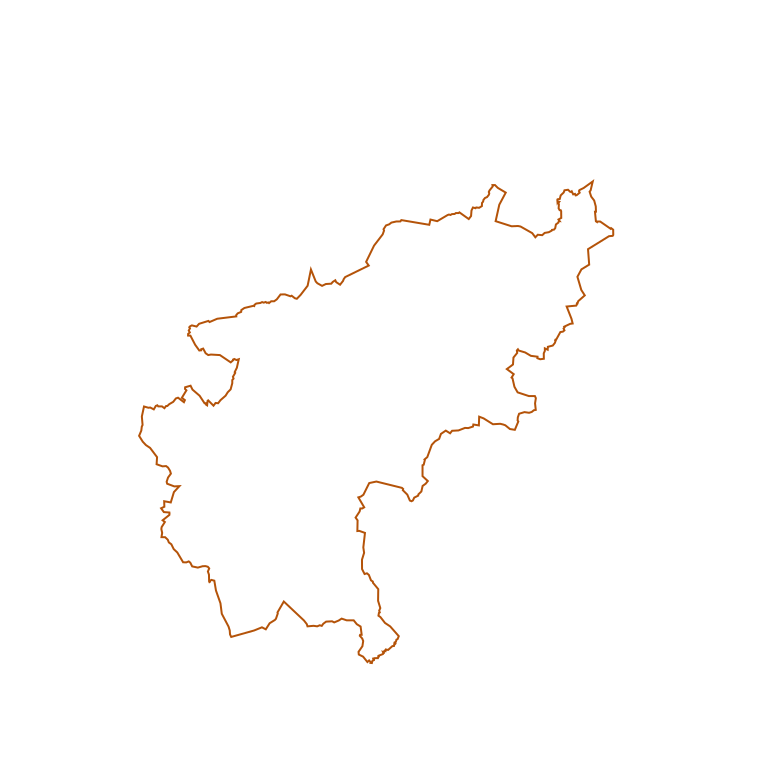 outline of Portlaoise Lea-7, Laoighis, Ireland, rotated 42°
{"feature_id": "5873133B8866665595403", "entity_name": "Portlaoise Lea-7", "entity_type": "district", "adm_level": 2, "iso_a3": "IRL", "parent_name": "Ireland", "parent_adm1": "Laoighis", "projection": "albers", "projection_center": [-7.298, 52.987], "detail": "fine", "context": "isolated", "style": "outline", "palette": "amber", "viewbox_px": 768, "rotation_deg": 42, "n_neighbors": 0, "source": "geoboundaries", "source_scale": "gbopen_adm2", "svg_char_len": 6164}
<svg xmlns="http://www.w3.org/2000/svg" viewBox="0 0 768 768"><g transform="rotate(42 384 384)"><path d="M354.0,650.9L356.4,648.9L357.6,646.5L359.6,646.4L363.5,647.9L368.5,645.0L371.2,640.7L373.3,638.7L375.4,637.7L377.5,638.0L378.6,641.2L381.5,642.8L386.1,647.7L386.8,648.0L387.0,647.3L386.5,646.5L386.8,645.1L389.5,643.7L397.3,649.9L409.2,656.4L417.2,663.3L430.8,668.3L434.3,670.4L437.1,673.1L439.7,674.2L452.4,654.1L456.1,646.5L460.3,645.4L459.1,638.3L460.8,632.4L460.8,630.8L458.6,625.6L457.7,625.0L455.1,612.7L482.8,613.3L487.3,614.1L489.3,615.3L493.5,610.8L496.5,608.8L497.7,606.3L499.6,605.4L499.3,602.8L500.0,599.3L504.2,595.1L506.5,594.5L508.6,590.1L509.5,586.7L514.4,584.6L519.6,579.9L524.5,580.7L528.9,579.9L535.2,585.3L534.1,586.4L534.5,587.3L538.1,587.7L540.5,588.9L543.4,593.3L544.3,600.1L546.3,601.9L550.9,600.6L557.7,601.7L557.9,599.4L560.3,599.7L560.6,600.3L561.7,599.5L560.7,597.8L561.0,596.3L560.2,595.7L561.0,595.5L560.2,594.3L562.9,591.8L562.2,590.5L562.5,590.0L561.8,589.6L563.9,585.4L563.7,584.5L562.6,583.9L563.6,583.6L562.9,582.6L563.8,581.7L563.1,581.2L563.5,580.6L563.1,580.0L565.0,578.9L565.6,573.2L566.7,572.0L565.5,570.2L566.2,570.1L566.2,569.2L564.9,568.7L565.3,567.5L564.3,565.7L564.8,564.5L563.7,561.5L550.8,560.0L544.6,560.9L537.3,559.6L534.9,559.9L533.4,557.5L533.7,556.6L532.1,555.7L531.2,553.0L524.7,549.1L517.0,540.3L508.8,539.1L507.9,538.3L505.7,538.6L500.5,536.0L498.0,536.1L496.7,538.2L491.5,536.2L485.2,529.3L482.2,522.8L478.0,519.3L469.5,507.4L463.9,509.7L462.6,511.1L455.6,503.0L452.3,502.3L451.2,495.1L449.7,492.3L451.1,491.1L451.8,488.9L440.8,485.4L442.1,483.2L442.8,480.1L439.3,467.5L443.6,461.6L466.8,449.2L468.5,449.2L469.0,450.3L475.3,450.6L481.2,453.3L482.9,452.7L483.4,451.2L482.5,448.2L484.1,444.1L483.4,443.0L483.7,438.9L480.9,433.9L481.7,430.2L481.5,426.8L474.3,426.7L467.0,418.6L467.5,417.4L465.2,413.1L464.6,413.0L465.1,409.4L460.2,397.2L460.3,392.4L461.7,387.9L459.7,383.0L461.1,377.3L466.1,376.4L465.9,373.2L470.4,368.7L473.6,362.4L476.1,360.4L478.6,356.1L477.5,354.3L482.2,351.3L476.6,344.6L481.0,342.9L491.9,341.0L497.0,335.8L499.8,334.3L501.8,333.5L507.7,333.2L511.9,330.5L508.9,322.0L507.7,321.7L505.8,319.3L504.3,315.7L507.2,310.9L511.1,308.3L512.5,305.9L512.9,303.3L514.1,301.7L509.2,297.3L506.3,292.9L504.2,292.0L499.8,296.0L488.9,300.8L482.8,298.8L475.7,293.8L474.5,293.9L473.8,289.9L465.3,290.7L466.8,283.2L462.5,277.7L462.2,271.8L460.3,270.2L460.3,268.6L461.7,269.0L467.8,266.1L474.3,264.8L479.8,261.0L480.7,262.2L483.5,261.1L485.9,258.3L482.2,254.3L481.4,251.8L479.7,249.9L482.7,249.0L480.9,246.7L483.7,242.5L483.5,239.2L482.7,237.2L481.9,237.0L481.8,236.5L482.4,236.4L480.3,227.4L481.9,225.4L482.2,223.4L480.3,222.6L480.2,220.8L479.6,220.7L482.1,214.7L483.7,212.8L479.7,210.1L467.9,204.2L474.4,197.1L473.9,195.0L472.6,194.9L473.8,194.4L472.9,192.5L473.9,183.8L467.7,182.1L456.0,174.9L454.0,166.7L456.6,158.0L445.4,147.3L452.3,123.6L454.8,120.9L454.6,119.8L451.1,116.0L450.5,116.0L448.5,116.2L448.6,117.0L436.0,118.6L433.8,120.5L434.0,121.1L432.6,121.3L425.5,114.8L426.2,114.1L422.5,110.3L417.4,107.0L412.6,106.1L408.1,103.5L408.0,101.9L403.6,93.8L401.2,104.8L399.5,109.1L399.8,110.2L401.4,110.9L400.8,114.8L400.2,115.6L398.7,114.9L397.7,116.5L394.6,115.2L394.5,116.1L393.7,116.6L390.8,116.5L388.5,119.3L389.4,121.4L389.1,125.6L390.8,128.9L389.4,130.6L389.6,131.2L391.4,132.9L391.2,132.0L392.3,131.3L392.5,132.8L393.8,133.5L396.2,136.6L398.2,137.3L399.0,136.6L400.0,137.0L404.6,142.0L403.6,145.0L405.4,145.4L404.8,145.8L405.6,147.3L405.0,150.4L407.0,153.7L407.0,155.6L405.7,157.1L406.0,157.8L404.9,160.9L402.3,164.2L402.0,167.5L398.4,170.2L398.3,173.7L393.2,172.7L380.1,175.6L377.9,176.9L373.3,181.4L358.0,188.3L349.7,173.6L346.4,160.3L337.3,162.1L333.4,161.9L331.5,163.6L332.6,164.4L332.9,169.6L333.4,171.2L334.6,171.8L335.3,173.2L335.5,176.2L334.6,178.1L334.7,180.6L335.6,182.1L335.7,183.9L337.7,186.3L336.8,189.4L334.4,191.1L334.4,192.1L332.0,193.3L332.9,196.5L336.3,200.9L336.6,204.7L325.2,206.0L325.0,207.1L323.0,208.9L322.7,210.4L320.8,212.3L320.3,213.9L318.9,214.6L318.2,215.9L314.6,227.4L308.5,230.7L311.1,235.4L287.2,250.6L287.4,252.2L284.4,255.0L281.5,259.1L281.0,261.9L279.4,264.8L280.1,269.3L281.4,270.0L282.9,273.7L284.0,287.8L289.0,305.2L293.4,306.2L283.6,330.5L283.9,333.1L284.6,334.8L284.9,339.6L280.3,340.3L278.4,339.5L277.6,342.5L277.7,344.7L273.9,348.6L272.3,352.5L267.1,353.7L264.7,353.5L253.1,347.8L261.5,362.1L262.4,373.6L262.2,379.0L260.4,379.9L256.3,380.2L255.8,381.4L250.4,383.7L247.2,386.7L247.7,392.8L247.0,396.0L244.8,398.0L244.4,400.8L243.5,400.8L242.6,402.1L241.2,402.2L240.2,404.0L238.6,404.7L237.9,406.5L235.2,409.7L234.8,411.7L235.4,412.9L234.7,413.2L229.4,420.9L228.5,424.5L229.6,426.0L228.0,429.4L228.1,431.8L229.0,432.6L216.4,447.1L212.9,454.7L211.3,454.6L206.3,463.0L206.3,466.7L202.0,469.0L201.3,470.8L201.3,472.1L202.6,472.5L203.1,474.9L205.2,475.6L204.9,477.8L206.0,479.1L207.8,477.6L217.4,481.2L224.3,482.7L225.6,481.3L224.9,480.5L225.9,478.7L230.9,480.5L234.0,480.1L235.7,477.9L242.7,472.3L255.6,470.5L256.0,467.2L255.5,466.8L256.0,465.6L258.3,464.9L259.5,462.8L263.8,470.4L265.1,475.1L266.0,475.3L266.9,479.7L268.6,480.7L268.6,482.6L270.7,484.9L273.6,490.6L273.4,494.7L274.1,498.7L273.3,505.4L273.6,509.3L271.5,510.8L271.8,514.2L264.3,513.8L264.2,514.6L266.8,518.2L265.6,518.4L264.3,517.6L263.6,518.4L254.8,516.1L245.4,516.3L241.4,514.7L238.4,519.5L239.4,520.8L241.4,520.9L243.0,529.5L246.8,529.2L247.5,531.4L240.1,532.0L239.0,534.0L239.3,538.3L237.9,542.7L237.7,545.3L236.8,546.2L237.0,548.9L234.0,549.2L231.2,551.7L229.8,551.5L229.1,553.0L229.9,556.9L226.0,557.9L224.8,559.3L220.7,561.3L225.8,570.2L232.0,576.0L232.5,577.7L234.8,581.0L236.7,586.4L243.3,588.3L248.0,588.7L252.9,588.0L264.3,590.2L268.7,595.8L274.5,593.4L277.0,590.8L279.4,590.6L283.1,591.7L285.6,593.2L286.1,598.0L287.9,602.1L289.6,603.2L296.7,600.4L300.3,596.8L300.2,604.9L304.8,614.7L299.1,618.2L302.9,622.2L301.5,625.5L306.1,626.5L310.5,623.1L311.2,623.7L312.1,624.9L310.7,633.4L313.5,633.2L314.5,639.1L315.6,640.8L318.8,643.1L321.1,646.7L323.9,644.3L327.5,644.4L330.1,645.7L333.2,645.4L338.2,647.4L343.1,647.5L354.0,650.9Z" fill="none" stroke="#b45309" stroke-width="2"/></g></svg>